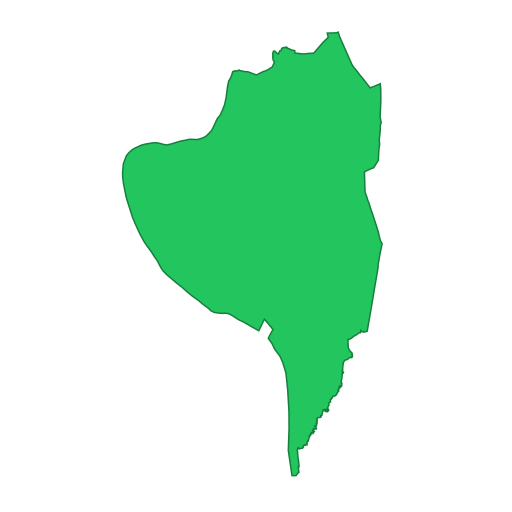 Tabores pag., Daugavpils, Latvia, rotated 268°
{"feature_id": "27541924B89524282824071", "entity_name": "Tabores pag.", "entity_type": "district", "adm_level": 2, "iso_a3": "LVA", "parent_name": "Latvia", "parent_adm1": "Daugavpils", "projection": "equal_earth", "projection_center": [26.623, 55.872], "detail": "fine", "context": "isolated", "style": "filled", "palette": "green", "viewbox_px": 512, "rotation_deg": 268, "n_neighbors": 0, "source": "geoboundaries", "source_scale": "gbopen_adm2", "svg_char_len": 5742}
<svg xmlns="http://www.w3.org/2000/svg" viewBox="0 0 512 512"><g transform="rotate(268 256 256)"><path d="M176.9,364.5L199.7,369.3L214.1,372.2L235.9,376.7L241.0,377.7L242.9,377.7L254.6,380.2L263.9,382.5L266.2,381.2L269.3,380.3L275.2,379.2L281.2,377.6L293.7,374.0L300.2,372.0L303.5,371.2L306.0,370.4L307.7,369.7L311.9,368.6L313.1,368.1L316.6,367.2L336.0,367.3L337.1,369.0L339.4,374.4L340.0,376.5L340.7,377.1L347.4,381.6L358.1,382.5L363.5,383.5L367.7,383.2L377.5,384.6L380.5,384.7L384.0,385.2L384.8,385.8L390.4,384.9L406.9,386.2L418.6,386.5L423.8,386.2L420.0,376.0L425.0,372.3L428.0,370.2L433.3,366.1L436.8,363.7L441.0,360.4L443.9,358.6L472.1,347.3L476.9,345.9L476.2,344.0L476.3,335.0L472.0,335.8L466.8,330.1L456.7,320.8L456.6,314.5L456.2,310.9L457.5,301.9L459.9,301.9L460.7,298.6L461.8,296.6L462.6,294.6L462.8,294.7L463.6,294.0L463.7,293.0L463.4,292.5L463.1,292.4L463.2,291.9L463.4,291.8L463.4,291.5L463.1,289.8L462.8,289.3L462.5,289.0L462.2,289.1L462.0,288.8L461.7,289.0L461.1,288.6L460.2,287.5L460.3,287.1L459.7,286.8L458.6,286.1L457.4,285.7L457.1,285.1L457.2,284.7L459.6,282.5L460.3,281.1L459.7,280.4L458.9,280.1L458.0,279.9L456.0,279.8L455.5,279.9L454.3,279.7L451.8,279.9L450.7,280.2L449.5,281.0L449.1,281.0L448.9,281.1L444.4,278.9L441.9,274.7L440.6,271.7L440.2,270.6L440.2,269.9L436.9,262.7L440.4,254.4L440.7,251.2L441.9,246.4L442.5,245.5L441.2,242.8L441.8,242.2L441.8,241.3L441.0,239.1L438.3,238.3L435.0,236.9L431.8,234.8L426.6,233.5L415.5,231.7L408.3,229.9L402.2,227.2L398.0,225.1L395.2,222.5L392.6,221.0L389.2,219.4L383.1,216.1L380.3,213.3L377.6,210.4L376.1,207.6L374.6,202.4L374.5,199.4L374.8,197.0L375.0,193.6L374.2,189.6L373.8,186.5L373.1,183.2L370.8,174.6L370.1,170.8L370.5,168.4L371.7,164.5L372.7,160.5L372.7,156.9L371.7,149.3L370.8,145.4L368.1,138.9L366.5,135.9L363.7,132.6L360.8,130.0L352.6,126.6L344.0,125.6L340.0,125.5L332.8,126.1L319.5,128.3L313.8,129.8L299.1,133.9L292.5,136.4L285.0,139.5L280.1,141.7L273.8,144.9L269.1,147.9L263.9,151.5L258.6,154.6L255.1,157.0L247.7,160.5L244.0,162.9L240.0,166.6L232.1,175.3L227.3,181.0L222.8,185.7L218.1,191.0L213.9,196.5L209.4,201.5L205.4,206.6L202.9,208.9L201.1,212.3L200.4,215.8L199.8,220.1L199.9,223.2L199.4,226.4L197.6,229.7L192.8,236.6L190.8,240.6L183.6,252.2L181.2,256.2L192.6,262.2L182.0,270.4L176.3,267.0L173.2,265.4L167.8,269.0L161.9,271.6L154.9,276.5L149.0,278.9L138.2,281.8L121.1,283.0L99.2,283.5L82.0,283.0L60.6,281.5L35.2,284.3L35.1,288.3L38.1,290.8L38.2,291.3L38.5,291.3L38.5,291.2L44.2,291.0L44.2,291.7L48.0,291.5L53.1,290.9L59.0,290.7L59.3,290.6L60.2,290.5L61.1,290.5L61.0,290.8L61.6,291.0L61.7,290.8L62.2,290.9L62.2,291.2L62.4,291.3L63.0,291.4L63.0,291.5L61.7,292.7L62.3,294.4L62.2,294.7L62.3,295.4L62.3,295.6L63.0,296.1L62.7,296.2L62.8,296.3L63.2,296.5L63.8,296.8L64.6,296.7L64.9,297.3L65.5,297.7L65.7,298.2L65.3,298.5L65.1,298.8L65.8,299.7L65.8,300.1L65.6,300.3L66.9,300.6L67.8,300.5L68.4,300.9L68.9,300.8L69.4,301.2L69.4,301.4L69.2,301.6L69.3,301.9L70.1,301.9L70.5,302.0L71.1,302.2L71.4,302.5L71.9,302.4L72.0,302.5L72.7,302.8L73.0,303.0L73.6,302.9L73.8,303.3L74.1,303.4L74.6,303.3L74.6,303.7L75.1,303.6L75.1,304.3L75.8,304.4L76.0,304.9L76.4,305.2L77.1,305.2L77.1,304.7L77.3,304.7L77.7,305.1L77.5,305.4L77.6,305.5L77.4,305.9L78.2,306.6L77.1,306.9L77.5,307.1L77.5,307.3L78.5,307.3L78.6,307.5L78.3,308.0L78.5,308.2L79.3,307.4L79.5,307.2L79.5,306.6L79.8,306.5L80.0,306.6L80.3,307.0L80.1,307.2L80.1,307.4L80.9,307.5L80.6,307.7L80.6,307.9L80.7,308.3L81.0,308.6L81.1,309.0L80.9,309.8L81.0,310.2L81.2,310.4L82.2,310.2L82.6,309.8L82.9,309.2L83.5,308.7L83.9,308.7L84.4,309.5L84.4,309.9L84.0,310.3L84.2,310.6L84.9,310.2L85.6,310.7L86.3,310.3L86.6,310.4L86.6,311.1L87.4,311.1L87.7,311.4L88.1,311.2L88.3,310.8L89.2,310.8L89.3,310.9L89.3,311.4L89.5,311.5L89.9,311.4L90.3,311.0L91.2,311.0L91.5,311.1L91.6,311.3L91.5,311.7L92.0,311.8L92.3,312.2L92.4,314.6L92.5,315.0L93.5,315.5L93.7,315.1L94.1,315.0L94.3,315.1L94.4,315.9L94.7,316.4L95.1,316.6L97.1,316.9L99.1,317.4L99.4,317.5L99.1,318.2L99.2,318.3L99.4,318.4L99.8,318.3L100.1,318.4L100.3,318.8L99.8,319.3L100.2,319.5L100.2,319.9L100.1,320.3L99.7,320.4L99.0,320.4L98.3,320.0L98.3,320.3L98.6,321.1L97.8,321.4L97.8,321.5L98.1,322.1L98.2,322.3L99.1,322.4L99.3,322.6L99.0,323.0L99.8,323.3L100.3,322.9L100.4,322.7L99.6,322.6L99.6,322.4L99.9,322.4L100.0,322.3L100.0,321.9L100.3,321.9L100.6,322.1L101.4,322.0L101.5,322.1L101.2,322.4L102.6,322.6L104.7,323.8L106.3,323.6L106.9,323.8L107.3,324.9L107.5,325.3L108.9,325.4L109.5,325.2L109.5,325.5L110.4,325.9L110.4,326.3L110.7,326.4L111.1,326.5L111.2,326.9L111.5,327.3L111.8,327.1L112.3,327.6L113.1,327.8L113.3,328.6L113.2,329.3L113.4,330.0L114.0,331.0L114.8,331.7L117.2,332.9L117.6,333.3L117.1,333.6L118.6,333.5L118.1,333.9L118.3,334.0L120.8,334.1L121.4,334.3L121.0,334.5L122.3,334.5L123.2,335.1L122.8,335.9L122.6,336.0L122.0,335.6L121.7,335.6L122.9,336.9L123.4,336.6L123.8,336.7L123.6,337.1L125.0,337.2L125.7,337.4L126.1,337.2L126.0,336.9L126.9,336.8L129.1,337.1L130.6,337.5L131.5,337.6L133.0,337.9L133.8,337.9L134.2,338.0L134.8,337.8L135.2,337.8L135.9,338.4L135.7,338.8L135.8,339.0L136.6,339.4L137.0,339.3L137.2,338.6L137.4,338.3L138.0,338.0L138.7,338.6L139.1,338.7L140.9,338.7L145.2,339.4L146.7,339.7L147.6,340.3L148.8,341.4L149.1,342.2L149.1,342.9L149.6,344.0L150.0,344.5L150.7,345.3L151.0,345.7L151.3,347.0L151.7,347.7L151.6,347.9L151.2,348.2L151.4,348.3L151.5,348.4L151.8,348.5L152.3,348.9L152.6,349.0L153.7,348.5L154.0,348.5L154.2,348.9L154.4,348.9L154.8,348.7L155.3,348.6L156.3,348.2L157.2,347.0L158.4,346.4L159.1,345.8L161.3,345.0L166.0,344.9L169.5,345.1L169.4,346.2L170.3,348.1L172.2,350.8L172.4,350.9L173.7,353.6L175.7,356.4L175.7,357.6L177.9,358.2L176.6,359.2L176.4,360.3L176.7,360.5L176.3,360.9L176.2,361.5L176.9,364.5Z" fill="#22c55e" stroke="#15803d" stroke-width="1.5"/></g></svg>